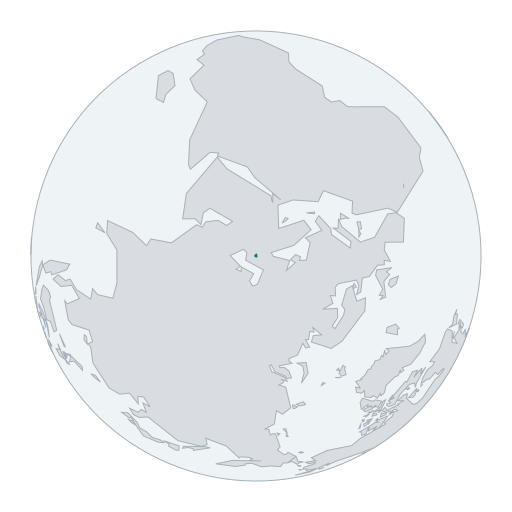 globe centered on Goranboy, rotated 152°
{"feature_id": "AZE-1681", "entity_name": "Goranboy", "entity_type": "District", "adm_level": 1, "iso_a3": "AZE", "parent_name": "Azerbaijan", "parent_adm1": "", "projection": "orthographic", "projection_center": [46.693, 40.614], "detail": "fine", "context": "on_globe", "style": "filled", "palette": "teal", "viewbox_px": 512, "rotation_deg": 152, "n_neighbors": 0, "source": "natural_earth", "source_scale": "10m", "svg_char_len": 11058}
<svg xmlns="http://www.w3.org/2000/svg" viewBox="0 0 512 512"><g transform="rotate(152 256 256)"><circle cx="256" cy="256" r="225" fill="#eef3f6" stroke="#a8b0b8"/><path d="M229.1,32.3L236.8,31.6L241.4,31.3L257.6,33.3L282.2,37.3L292.5,37.8L288.2,38.8L309.5,40.0L324.5,44.1L305.9,40.0L302.8,40.2L312.2,43.0L311.0,43.9L314.8,45.9L312.6,46.9L301.9,45.1L300.3,45.9L307.0,47.9L309.0,50.6L299.3,47.4L301.8,51.9L284.5,50.9L260.5,43.7L249.2,46.0L220.2,46.8L221.2,48.4L210.8,50.5L208.1,53.3L203.4,53.1L205.3,55.6L210.0,55.2L212.4,56.3L211.2,58.1L205.1,58.1L204.8,57.2L202.4,58.1L199.9,57.4L200.5,58.8L193.2,58.8L198.6,61.5L191.3,63.9L187.0,63.3L189.9,59.7L187.0,51.2L183.5,50.4L175.7,52.3L155.9,63.0L151.0,64.0L142.7,67.9L144.2,68.7L151.3,66.0L152.1,69.0L160.7,65.9L162.2,66.9L170.1,65.7L166.2,69.9L158.3,74.9L151.6,76.4L147.9,78.8L152.1,81.1L137.6,87.9L124.4,100.0L121.0,101.7L118.0,97.5L123.4,87.8L119.6,84.5L119.4,91.0L110.7,95.9L108.1,98.7L107.0,101.3L109.3,101.3L105.7,104.2L104.7,98.3L107.8,95.6L108.2,97.3L110.6,93.0L109.9,90.0L105.5,93.2L108.9,86.9L105.9,89.3L104.9,89.6L109.6,86.0L101.3,92.6L102.5,91.1L114.4,80.8L127.0,71.3L140.3,62.7L154.0,55.1L168.3,48.5L183.1,42.9L198.1,38.3L213.5,34.8L229.1,32.3ZM31.1,269.9L31.4,273.1L34.0,292.8L35.8,303.3L35.8,303.5L32.8,286.8L31.1,269.9ZM237.5,31.5L243.7,31.1L237.1,31.6L232.4,32.0L237.5,31.5ZM255.8,31.4L252.4,31.5L250.9,31.0L253.3,31.1L255.8,31.4ZM300.1,38.4L295.0,37.2L300.4,38.1L300.1,38.4ZM315.8,46.1L317.6,46.2L318.8,47.3L315.8,46.1ZM171.6,63.5L170.8,64.6L169.8,64.2L171.6,63.5ZM175.8,62.1L175.1,61.0L177.0,60.2L177.4,60.9L175.8,62.1ZM316.5,49.9L317.9,51.8L314.6,49.5L316.5,49.9ZM176.1,63.8L180.4,58.9L183.7,57.6L187.8,59.3L176.1,63.8ZM317.4,52.7L320.9,57.9L325.3,58.5L314.8,60.3L315.4,55.0L310.7,51.9L315.2,53.2L317.4,52.7ZM212.0,54.4L206.9,54.8L212.2,52.9L212.0,54.4ZM214.8,52.9L227.8,46.4L234.8,47.0L229.0,48.9L238.9,48.7L235.9,52.2L229.8,53.1L225.9,51.9L227.7,54.2L214.8,52.9ZM308.5,60.7L307.8,61.9L306.5,60.3L308.5,60.7ZM213.7,56.6L215.7,55.1L221.9,55.4L219.0,58.6L218.0,57.4L213.7,56.6ZM242.9,47.2L247.0,48.2L245.7,51.2L247.1,52.1L236.4,52.3L242.9,47.2ZM216.0,58.3L217.4,60.3L213.4,61.8L212.2,58.2L216.0,58.3ZM224.7,54.3L227.5,54.7L225.0,55.4L224.7,54.3ZM200.2,69.1L202.4,66.9L205.8,66.8L200.2,69.1ZM218.2,60.9L219.6,60.4L221.2,60.2L221.3,61.9L218.2,60.9ZM236.2,54.6L234.8,55.8L240.6,54.6L239.8,57.1L232.8,56.9L235.5,58.0L235.3,58.8L229.8,57.9L236.2,54.6ZM226.2,63.1L217.0,64.2L212.1,68.1L208.9,68.2L217.4,61.9L226.2,63.1ZM228.8,60.1L226.5,61.9L223.7,60.9L223.6,59.0L228.8,60.1ZM241.8,59.0L244.8,55.2L246.2,55.4L241.8,59.0ZM225.3,64.4L227.5,64.1L225.3,64.8L225.3,64.4ZM237.4,60.7L238.2,59.3L239.8,59.6L237.4,60.7ZM231.3,64.9L228.3,65.2L228.1,63.8L231.3,64.9ZM234.5,63.2L236.5,63.9L229.9,63.2L234.6,62.4L234.5,63.2ZM238.7,61.2L240.0,60.9L238.1,61.8L238.7,61.2ZM233.6,70.1L225.3,69.6L224.9,66.5L233.0,67.4L233.6,70.1ZM65.5,311.9L59.6,274.0L65.5,266.5L68.6,252.6L110.7,228.3L117.3,236.4L147.8,245.1L151.1,248.7L145.0,259.1L165.8,282.0L175.6,274.8L197.0,288.1L212.8,290.6L223.0,269.6L197.0,265.1L195.0,253.3L217.8,247.6L240.9,251.9L240.9,247.6L228.4,236.2L235.9,229.0L224.3,231.7L227.4,236.6L220.3,238.7L217.0,234.3L219.8,231.8L213.5,228.7L201.9,242.4L203.8,248.9L185.9,247.7L187.3,258.7L181.7,262.1L177.2,245.0L179.3,239.6L169.1,218.8L165.3,224.2L174.6,244.4L170.7,241.9L165.6,250.2L166.5,241.9L157.3,219.3L142.5,216.8L120.0,231.3L112.1,228.6L107.3,219.7L119.3,199.1L135.5,207.6L139.9,201.2L139.9,188.1L144.8,192.1L146.8,188.0L153.2,190.8L165.5,184.7L172.5,186.6L180.4,175.0L185.1,174.7L179.1,181.5L178.6,187.6L196.4,192.9L200.8,191.2L204.5,183.4L208.9,186.2L210.3,178.1L222.0,177.7L208.8,171.6L212.8,163.2L221.6,158.4L220.5,154.7L206.2,162.8L202.7,167.1L203.4,172.4L191.6,184.3L184.9,184.6L188.2,168.7L178.9,167.7L185.6,156.5L220.1,140.4L232.9,139.0L247.5,154.0L242.8,158.8L235.1,155.6L239.3,166.2L240.3,161.6L244.0,164.2L248.8,157.5L251.6,159.1L251.3,150.3L255.4,151.5L255.5,157.1L265.9,149.0L275.1,150.0L276.1,147.5L274.6,144.5L287.2,148.1L287.4,146.2L283.3,144.2L281.0,139.1L281.9,131.7L286.3,133.4L286.5,136.2L293.6,145.1L293.6,152.9L295.5,152.9L296.5,146.6L287.9,135.7L287.2,130.8L292.0,135.3L290.2,133.3L291.2,131.4L296.3,131.3L291.3,126.2L296.6,105.6L306.9,103.9L310.6,109.8L318.8,99.0L329.8,99.1L326.0,97.0L327.4,91.3L324.0,91.1L322.3,89.7L324.3,76.2L328.1,74.7L324.7,67.7L322.8,66.9L319.8,67.5L314.8,60.3L325.3,58.5L329.2,60.5L333.2,58.5L341.4,63.6L350.1,67.3L356.9,74.9L363.2,77.6L364.0,76.5L373.1,79.9L389.1,91.4L372.6,86.5L347.9,72.7L357.6,78.4L354.4,78.7L357.2,81.8L364.2,86.0L365.7,85.5L371.4,102.1L386.0,118.7L387.6,112.5L393.5,113.5L411.6,129.6L427.0,164.6L435.0,168.4L438.7,173.6L439.0,180.9L433.5,173.4L429.4,174.4L426.3,169.4L424.8,179.4L420.3,172.7L421.4,184.2L426.3,187.6L429.3,180.8L432.2,194.4L441.3,198.0L447.7,208.6L450.2,237.8L444.7,253.3L445.4,257.4L440.5,257.0L438.1,268.9L450.6,281.8L451.7,287.7L445.9,306.3L445.0,302.3L431.9,301.4L432.5,316.6L442.5,320.6L446.0,330.8L439.6,332.4L435.7,323.6L431.0,323.0L430.2,310.4L422.2,295.5L415.6,304.0L414.1,296.4L402.2,285.9L391.5,297.4L376.0,326.6L377.2,346.0L370.4,357.0L353.8,334.7L347.8,316.5L340.9,320.4L324.5,307.3L293.7,311.5L290.1,306.6L284.1,309.7L272.8,305.3L267.6,296.7L260.4,297.6L274.3,319.8L282.2,318.9L289.9,309.5L292.2,317.4L303.3,323.2L288.1,343.9L243.7,361.5L240.8,346.7L214.5,302.1L216.1,297.3L216.0,296.7L215.8,295.7L211.9,303.3L207.8,294.1L220.3,325.9L221.8,338.6L243.0,362.3L240.7,364.5L248.0,369.1L273.0,363.4L272.8,368.1L260.1,389.6L226.7,414.9L232.0,431.2L231.1,443.4L212.3,448.9L215.9,457.2L206.5,458.4L207.2,462.2L200.8,464.7L189.3,465.1L167.6,458.8L164.6,455.5L151.3,445.2L132.1,420.1L135.8,411.9L133.2,402.4L117.7,375.0L120.9,363.9L117.2,356.6L109.2,354.0L105.1,345.0L100.4,342.2L72.7,327.6L65.5,311.9ZM93.6,246.5L91.8,250.4L91.8,250.5L93.6,246.5ZM263.8,267.8L278.6,268.5L274.5,254.3L279.8,253.6L276.4,249.3L274.1,253.3L266.3,241.4L273.5,237.1L273.0,230.9L268.0,230.4L256.0,240.3L267.1,257.2L262.6,263.0L263.8,267.8ZM110.8,96.2L110.7,96.8L109.0,99.7L108.5,98.9L110.8,96.2ZM109.3,110.2L103.6,114.6L107.3,110.7L105.4,110.2L110.9,101.8L119.5,102.1L114.6,103.3L109.3,110.2ZM120.6,91.5L116.1,96.3L120.6,91.0L120.6,91.5ZM151.5,164.7L152.6,168.6L148.5,172.4L139.7,171.4L145.4,165.7L151.5,164.7ZM155.1,173.5L160.8,158.8L166.6,159.3L162.4,161.4L165.6,163.3L159.7,167.2L159.5,182.7L156.0,187.1L141.5,181.9L148.2,180.9L146.7,176.9L155.1,173.5ZM165.5,125.0L168.0,119.9L177.1,127.4L173.7,131.4L164.6,130.3L163.4,124.9L165.5,125.0ZM182.6,68.3L183.0,66.8L184.7,66.7L185.8,67.9L182.6,68.3ZM201.0,68.0L182.7,75.2L182.2,73.7L172.1,80.4L166.9,79.2L173.6,74.8L162.0,79.2L166.0,74.7L158.3,78.3L173.9,68.6L177.0,65.2L175.5,69.4L180.2,70.5L183.1,70.0L193.9,66.1L202.9,59.9L209.0,60.5L210.9,62.6L209.7,64.1L206.1,63.2L207.0,66.0L200.9,65.8L201.0,68.0ZM229.6,93.5L226.0,90.5L226.8,98.4L220.7,97.4L221.2,98.4L215.7,99.7L210.0,103.3L207.6,102.1L206.4,104.0L202.7,105.2L200.3,107.5L195.1,106.4L191.7,109.3L191.2,107.2L186.6,112.5L187.7,108.1L183.1,109.5L184.5,113.0L162.6,104.2L152.6,104.6L143.7,107.7L146.7,100.5L157.0,93.4L170.2,87.8L179.4,88.7L179.1,85.6L183.4,85.2L181.8,87.9L186.8,83.7L189.9,84.1L201.7,80.8L206.9,75.0L211.3,73.8L210.8,76.4L215.6,73.5L217.7,77.6L220.9,77.0L226.1,80.7L223.3,86.3L227.1,85.3L231.3,88.4L229.6,93.5ZM234.9,71.3L232.9,77.7L228.6,80.4L221.2,72.9L218.0,72.9L213.2,68.7L219.5,65.0L220.3,66.5L222.6,67.1L219.7,68.0L223.7,67.7L224.9,69.9L228.4,70.3L226.8,72.2L234.9,71.3ZM156.6,245.9L159.5,247.6L164.4,248.7L161.3,254.2L156.6,245.9ZM150.0,230.6L152.9,230.9L150.8,238.7L147.8,237.2L150.0,230.6ZM156.2,224.6L153.2,230.3L153.0,226.4L156.2,224.6ZM181.9,181.5L185.2,181.6L184.8,183.5L182.3,185.8L181.9,181.5ZM230.6,118.6L229.2,116.0L230.6,115.3L232.1,109.0L236.7,109.6L237.7,113.6L230.6,118.6ZM217.6,272.8L212.0,276.3L210.1,273.8L212.4,273.1L217.6,272.8ZM184.5,265.8L191.3,270.4L183.6,267.3L184.5,265.8ZM235.9,118.2L236.0,115.4L238.3,117.4L235.9,118.2ZM240.2,109.7L243.2,111.5L237.4,108.9L240.2,109.7ZM270.3,442.1L257.4,461.1L246.5,461.0L243.5,455.9L247.5,444.5L259.8,441.0L265.6,435.0L270.3,442.1ZM467.6,328.4L469.4,325.2L469.1,326.1L467.6,328.4ZM465.9,329.8L468.3,325.6L465.1,332.3L465.9,329.8ZM469.2,324.0L471.5,317.9L472.6,314.7L472.2,316.6L469.2,324.0ZM464.1,332.9L452.3,348.3L447.1,352.1L448.8,347.9L457.3,339.0L464.1,332.9ZM448.3,348.3L439.7,349.0L424.2,336.2L429.8,332.7L445.2,335.2L444.4,338.5L449.7,339.6L448.3,348.3ZM467.4,310.9L466.4,319.3L460.4,327.4L457.4,330.0L455.4,323.0L456.5,316.6L459.2,313.6L466.7,284.1L469.9,283.8L468.2,294.9L470.6,297.9L467.4,310.9ZM378.4,347.4L384.2,356.1L380.2,359.6L378.4,347.4ZM467.8,266.8L466.1,279.6L467.0,264.8L467.8,266.8ZM467.1,254.4L468.2,258.0L466.2,256.4L467.1,254.4ZM447.2,262.9L444.6,267.1L443.5,264.4L446.3,257.5L447.2,262.9ZM452.6,217.7L456.1,225.9L456.9,229.4L453.9,226.0L452.6,217.7ZM275.6,122.4L268.4,130.2L266.4,136.9L270.0,142.1L261.8,138.5L265.0,128.0L275.6,122.4ZM293.5,107.4L290.3,103.3L293.7,103.2L294.9,104.1L293.5,107.4ZM290.2,106.2L282.5,105.0L282.0,101.5L288.1,103.2L290.2,106.2ZM259.1,110.9L256.6,113.0L254.8,111.3L259.1,110.9ZM445.4,377.9L447.7,374.2L454.3,362.8L445.4,377.9ZM471.8,319.4L474.9,308.1L475.9,304.6L471.8,319.4ZM480.3,277.5L480.2,277.7L480.2,276.4L480.8,270.3L479.9,274.6L481.0,265.3L481.0,267.4L480.3,277.5ZM477.7,290.0L477.5,292.3L477.0,292.7L477.7,290.0ZM478.5,286.3L479.6,282.4L478.2,288.5L478.5,286.3ZM472.0,297.0L472.7,300.0L475.2,291.7L473.3,300.1L474.3,304.1L473.5,308.3L472.6,303.5L471.3,313.4L470.1,315.5L470.1,309.4L471.6,298.1L472.7,292.0L476.7,280.9L472.0,297.0ZM478.7,280.6L478.3,276.7L478.5,271.8L479.0,273.0L478.7,280.6ZM475.9,268.0L473.4,265.6L472.1,271.7L473.7,255.3L476.0,260.3L475.9,268.0ZM472.2,257.2L471.2,262.9L471.6,254.1L472.2,257.2ZM470.3,261.6L469.1,257.4L470.5,255.4L470.3,261.6ZM473.0,255.7L471.5,247.3L473.1,250.5L473.0,255.7ZM465.9,248.5L470.6,250.1L466.2,254.4L461.4,240.0L462.9,236.5L465.9,248.5ZM445.2,171.5L442.2,168.2L442.3,164.4L444.3,167.7L445.2,171.5ZM439.9,150.1L441.4,162.3L442.1,172.8L444.0,172.5L448.0,181.0L442.8,177.7L439.1,165.3L439.3,158.7L435.2,152.3L432.8,144.7L426.9,138.6L424.5,134.0L429.9,137.7L439.9,150.1ZM424.3,136.3L413.1,124.5L415.2,120.7L418.1,122.4L422.4,129.3L421.0,130.8L424.3,136.3ZM411.0,120.6L409.6,122.2L390.1,111.3L386.5,108.1L402.4,113.7L401.9,115.5L406.4,119.1L411.0,120.6ZM310.2,62.4L308.0,61.9L309.8,61.4L310.2,62.4ZM320.4,89.8L318.4,87.9L320.6,87.2L320.4,89.8ZM314.0,82.4L312.9,84.5L312.3,81.6L314.0,82.4ZM310.7,89.6L311.6,85.1L313.3,90.4L310.7,89.6Z" fill="#d9dde1" stroke="#a8b0b8" stroke-width="1"/><path d="M256.2,256.8L255.9,256.9L255.8,257.0L255.7,257.0L255.2,257.4L254.9,257.3L254.9,257.1L255.0,256.8L255.0,256.7L255.3,256.4L255.5,256.2L255.4,256.2L255.4,255.9L255.3,255.7L255.5,255.4L255.6,255.2L255.8,255.1L255.9,254.9L256.1,254.8L256.2,254.6L256.2,254.8L256.2,255.1L256.2,255.3L256.2,255.5L256.3,255.5L256.2,255.9L256.3,255.9L256.5,255.9L256.6,256.0L256.6,256.3L256.8,256.3L256.8,256.5L256.7,256.5L256.4,256.7L256.4,256.8L256.2,256.8L256.2,256.8ZM256.4,256.5L256.4,256.4L256.4,256.5Z" fill="#14b8a6" stroke="#0f766e" stroke-width="1.5"/></g></svg>